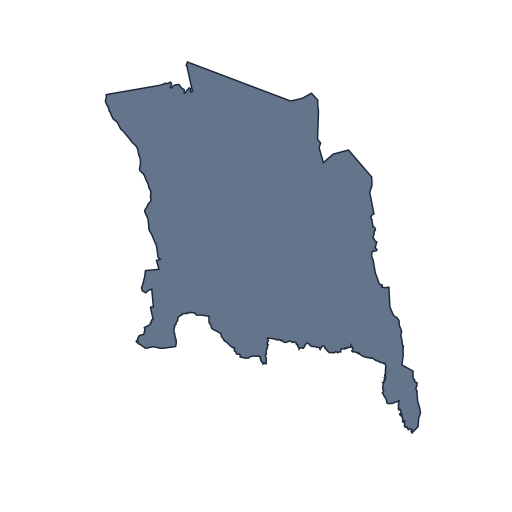 the district of Coronel Pringles, San Luis, Argentina, rotated 169°
{"feature_id": "61730980B39626183389698", "entity_name": "Coronel Pringles", "entity_type": "district", "adm_level": 2, "iso_a3": "ARG", "parent_name": "Argentina", "parent_adm1": "San Luis", "projection": "mercator", "projection_center": [-66.019, -33.04], "detail": "fine", "context": "isolated", "style": "filled", "palette": "slate", "viewbox_px": 512, "rotation_deg": 169, "n_neighbors": 0, "source": "geoboundaries", "source_scale": "gbopen_adm2", "svg_char_len": 6103}
<svg xmlns="http://www.w3.org/2000/svg" viewBox="0 0 512 512"><g transform="rotate(169 256 256)"><path d="M388.1,192.2L386.8,191.5L382.0,186.5L381.5,186.4L374.1,186.6L367.6,183.7L364.5,183.1L352.4,182.5L352.0,182.8L350.8,186.1L350.4,190.0L350.8,190.8L350.8,195.0L350.6,195.7L351.0,197.8L350.2,200.7L349.4,201.6L349.4,203.1L347.6,204.2L347.1,206.0L345.3,207.4L344.2,210.8L343.7,211.1L339.5,212.6L339.1,213.3L335.2,213.0L334.7,212.6L333.6,212.8L333.1,213.3L332.3,213.4L331.6,212.9L331.0,213.0L327.1,211.9L326.9,211.1L325.3,209.2L321.0,208.5L313.7,205.8L314.8,199.7L313.5,196.4L313.4,193.5L311.8,191.9L307.5,188.6L306.6,187.4L305.4,186.6L305.0,185.6L305.4,184.3L305.1,182.8L304.0,181.3L303.3,178.7L301.5,177.3L298.5,172.9L296.2,170.2L295.7,170.2L295.2,170.6L294.9,170.4L294.6,169.3L295.4,167.5L294.9,166.4L294.0,165.5L294.0,164.2L293.6,163.3L291.1,162.8L290.5,161.8L290.8,159.7L288.1,158.8L285.7,157.5L283.9,157.7L283.2,157.2L281.5,158.0L279.1,158.5L271.5,156.9L271.4,154.9L271.0,154.5L271.3,153.5L271.1,152.4L270.4,150.3L269.5,150.0L269.7,148.8L269.4,149.0L268.5,148.6L267.7,149.2L266.6,148.4L265.5,153.6L265.7,156.4L265.3,157.3L264.3,157.9L264.7,159.5L263.8,161.5L262.6,163.2L261.4,166.6L261.1,166.7L261.9,167.4L261.0,169.3L259.9,170.5L260.5,172.3L260.2,173.3L253.8,171.1L250.8,169.3L249.6,169.8L248.5,169.0L248.1,168.3L247.3,168.6L246.7,168.3L246.8,167.9L245.0,166.1L243.4,165.4L239.6,166.1L237.1,165.0L236.7,164.1L235.1,164.4L234.4,164.2L233.1,162.8L233.2,161.7L231.9,160.7L232.3,160.3L232.3,159.3L231.7,158.2L231.5,156.4L230.8,157.3L228.7,157.5L228.3,157.3L228.3,156.8L227.1,156.4L225.7,157.8L225.1,159.0L223.2,160.4L222.2,160.8L221.4,159.9L220.5,159.5L220.2,158.1L218.6,156.6L214.8,155.6L213.7,154.7L211.4,154.1L210.9,153.2L211.1,152.2L210.9,151.9L208.7,154.6L208.2,154.5L207.5,154.9L206.4,154.5L206.0,154.2L206.0,152.3L204.4,150.3L204.1,149.3L203.2,148.0L202.8,147.7L202.6,147.3L201.3,146.9L200.5,146.9L198.2,146.1L197.4,146.2L196.1,147.0L194.0,145.4L193.0,146.2L191.3,145.6L190.1,148.4L189.0,148.5L186.4,147.7L186.2,147.8L186.1,148.7L184.1,148.0L182.9,148.8L180.7,148.3L180.0,148.8L179.7,150.0L179.4,148.9L178.9,148.5L179.0,147.5L178.6,146.6L180.1,144.4L179.4,143.9L179.4,143.5L177.9,143.3L176.7,142.5L176.1,142.6L175.4,142.1L174.9,141.2L174.4,141.5L174.1,140.7L173.4,140.9L173.4,140.3L170.0,137.0L165.3,134.7L164.1,134.6L162.9,133.7L162.4,133.7L162.1,134.1L161.2,133.6L158.3,130.6L157.9,130.7L157.2,130.3L157.2,129.9L156.3,129.7L155.8,129.0L153.6,127.4L153.1,127.6L151.7,126.7L150.7,126.5L150.9,126.0L150.3,126.0L150.2,125.5L149.9,125.3L149.6,124.2L149.8,122.9L149.6,122.4L150.3,120.9L151.1,117.5L151.0,117.0L152.0,115.1L151.8,114.7L152.5,114.1L152.4,113.9L152.0,114.2L152.6,113.1L152.3,113.5L152.0,113.7L152.6,112.5L152.3,112.5L152.9,112.2L152.5,112.1L152.6,111.8L152.4,111.8L152.6,111.6L152.1,111.8L152.2,111.5L152.4,111.1L152.9,111.3L152.9,109.9L153.4,110.2L153.9,109.8L154.0,109.5L153.6,109.7L154.4,108.5L153.8,109.0L154.6,107.6L154.9,107.7L154.9,108.0L154.9,107.5L155.1,107.9L155.1,107.4L155.4,107.5L155.1,107.1L155.6,106.9L155.8,105.0L156.2,104.0L156.6,103.8L156.8,101.9L157.0,101.7L156.4,99.1L157.1,98.2L157.8,97.9L158.2,97.4L157.2,95.9L157.3,95.1L155.5,90.4L155.6,87.0L154.6,85.9L150.4,85.3L143.0,86.6L144.2,85.2L144.2,83.5L145.0,81.5L144.8,79.9L145.5,79.1L145.5,78.8L144.7,78.5L144.9,77.6L144.2,77.9L143.8,77.8L143.3,75.8L143.5,74.9L145.2,73.3L145.2,72.9L144.9,72.7L144.0,72.6L143.3,73.4L143.0,73.0L143.3,71.6L144.2,71.5L142.9,69.1L143.3,67.7L143.0,66.8L143.8,65.8L143.8,65.3L143.1,65.2L142.2,65.7L141.3,65.3L141.2,65.0L141.6,64.6L142.5,64.6L142.0,62.2L142.8,61.3L142.3,59.4L141.6,59.2L141.0,59.5L140.4,59.2L139.7,56.4L137.9,56.9L137.1,56.7L136.0,55.7L135.9,55.1L136.7,54.9L137.2,54.5L136.7,52.5L130.0,57.2L129.9,57.7L129.4,57.8L127.3,65.5L124.5,70.7L124.3,75.1L125.0,83.1L124.4,87.2L124.5,89.2L123.6,92.3L124.5,95.5L122.9,97.7L122.1,100.9L123.9,101.9L124.0,104.4L124.8,104.4L124.9,107.6L123.8,113.0L133.6,121.3L130.4,130.4L129.7,135.6L128.5,139.4L129.2,139.5L128.8,145.9L129.0,150.6L127.4,154.1L128.6,160.8L127.9,165.4L129.7,169.1L130.9,169.6L131.9,170.8L132.6,172.6L134.3,180.4L131.5,200.1L135.1,200.2L138.4,201.3L137.6,203.4L140.2,204.9L142.1,216.8L141.8,229.4L142.6,234.1L141.1,238.2L136.9,238.2L136.0,239.1L137.5,241.3L134.7,246.9L136.0,247.6L137.6,252.0L135.8,255.3L135.2,257.8L133.8,258.6L134.0,261.2L134.9,262.3L135.7,262.4L135.4,264.4L135.5,268.0L135.2,269.7L136.2,271.6L134.2,274.3L132.2,274.8L132.2,296.7L128.7,303.0L127.4,311.5L145.0,342.4L160.7,341.3L172.2,334.7L172.2,336.5L173.4,350.5L171.0,354.6L173.3,358.9L167.1,385.8L166.6,392.6L165.6,397.1L170.5,405.2L180.4,402.0L191.3,401.5L193.1,401.9L286.3,459.5L288.1,456.4L287.6,456.0L287.0,431.2L286.6,430.2L288.5,429.3L289.0,429.7L288.5,432.8L288.9,433.4L289.7,433.7L290.0,433.6L290.9,432.5L292.3,431.8L294.4,429.4L295.3,429.4L295.6,430.1L294.7,432.3L294.8,433.0L297.1,435.2L298.7,438.6L299.5,439.3L304.2,439.2L305.1,438.7L306.4,437.2L307.6,437.3L307.8,437.5L307.8,437.9L306.0,441.3L306.3,442.4L307.2,443.1L309.6,442.1L310.7,442.3L311.6,442.9L316.9,441.9L372.3,443.0L372.6,440.3L374.1,437.3L374.3,435.8L373.1,431.2L372.4,429.7L372.5,426.5L371.6,424.5L371.1,421.5L369.9,417.6L366.7,413.9L364.6,406.4L362.6,404.0L357.3,394.2L356.3,391.8L352.9,387.0L351.8,383.8L351.8,377.1L351.1,374.6L351.1,373.4L351.6,369.5L353.7,363.7L353.8,362.5L353.5,361.7L350.9,357.9L350.3,356.5L349.0,349.8L348.2,347.9L348.1,343.5L347.1,340.5L347.0,339.1L347.6,336.2L348.4,334.2L348.2,331.8L348.6,330.5L349.3,329.6L352.0,327.7L353.4,325.4L356.3,322.4L356.8,320.7L354.9,312.9L356.0,301.8L354.5,297.7L351.7,284.8L352.4,274.0L351.9,272.6L350.6,271.0L354.6,270.6L353.7,261.8L355.5,261.6L367.3,262.8L369.3,256.7L372.3,250.4L374.5,246.5L374.3,243.5L371.2,240.9L368.3,242.7L364.7,243.4L366.4,225.8L368.2,226.1L369.4,225.7L369.1,213.3L370.4,213.2L371.1,212.4L371.4,210.9L372.6,210.4L372.4,209.5L372.6,209.0L379.3,207.0L378.9,204.9L379.2,204.8L381.1,200.5L384.2,200.4L386.0,200.0L388.1,197.2L388.1,196.6L388.5,196.1L388.0,195.1L388.1,194.6L388.8,194.4L389.3,195.5L389.9,195.2L389.5,194.2L388.1,192.2Z" fill="#64748b" stroke="#1e293b" stroke-width="1.5"/></g></svg>